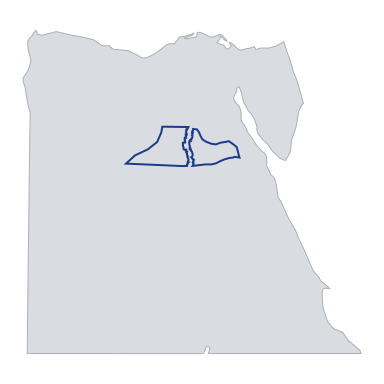 Zemam Out, Al Bahr al Ahmar, Egypt (highlighted)
{"feature_id": "37247803B6993574009783", "entity_name": "Zemam Out", "entity_type": "district", "adm_level": 2, "iso_a3": "EGY", "parent_name": "Egypt", "parent_adm1": "Al Bahr al Ahmar", "projection": "natural_earth1", "projection_center": [30.77, 28.19], "detail": "fine", "context": "in_parent", "style": "outline", "palette": "blue", "viewbox_px": 384, "rotation_deg": 0, "n_neighbors": 0, "source": "geoboundaries", "source_scale": "gbopen_adm2", "svg_char_len": 7485}
<svg xmlns="http://www.w3.org/2000/svg" viewBox="0 0 384 384"><path d="M361.0,353.5L351.8,353.5L342.5,353.5L333.3,353.5L324.1,353.5L314.9,353.5L305.7,353.5L296.5,353.5L287.3,353.5L278.1,353.5L268.9,353.5L259.7,353.5L250.5,353.5L241.2,353.5L232.0,353.5L222.8,353.5L213.6,353.5L208.4,353.5L209.3,350.6L209.8,348.5L209.2,347.0L207.4,346.6L206.2,347.1L203.5,353.3L202.0,353.6L198.8,353.6L188.0,353.6L177.3,353.6L166.6,353.6L155.9,353.6L145.2,353.6L134.4,353.6L123.7,353.6L113.0,353.5L102.3,353.5L91.6,353.5L80.8,353.5L70.1,353.5L59.4,353.5L48.7,353.5L37.9,353.5L27.2,353.5L27.3,346.0L27.4,338.5L27.5,331.0L27.5,323.5L27.6,316.0L27.7,308.5L27.8,301.0L27.9,293.5L28.0,286.0L28.0,278.5L28.1,271.0L28.2,263.5L28.3,255.9L28.4,248.4L28.5,240.9L28.6,233.4L28.7,225.9L28.8,218.4L28.9,210.9L29.0,203.4L29.0,195.8L29.1,188.3L29.2,180.8L29.3,173.3L29.4,165.8L29.5,158.3L29.6,150.8L29.7,143.2L29.8,135.7L30.0,128.2L30.1,120.7L30.2,113.2L29.9,111.8L28.5,106.7L27.2,100.2L25.8,92.2L25.6,89.6L23.2,81.4L23.0,79.1L23.7,77.4L28.0,70.5L29.3,67.1L30.4,63.1L30.8,59.8L29.6,54.8L28.3,50.3L27.9,45.7L27.7,41.1L29.9,38.0L32.5,35.2L33.4,33.4L35.0,31.4L36.0,30.4L38.0,34.5L42.3,35.2L56.3,31.6L71.7,35.2L80.2,36.6L93.3,39.7L101.3,45.2L103.4,45.9L109.2,45.8L112.9,49.1L127.9,50.7L135.9,54.3L140.4,57.1L143.2,58.0L145.6,57.9L148.8,56.8L152.9,54.8L157.4,52.0L166.7,44.7L170.0,43.5L172.1,43.8L174.7,43.7L175.8,41.7L177.2,40.4L178.0,38.9L179.5,37.0L184.3,36.5L193.9,33.4L192.8,34.9L184.1,38.4L187.8,38.8L191.7,37.6L196.1,36.9L196.9,35.4L197.4,32.6L198.3,32.2L201.3,32.7L210.4,37.0L212.6,37.1L219.0,34.7L220.3,34.2L222.4,35.5L227.1,40.9L225.5,40.8L220.4,36.2L220.0,38.5L217.1,42.6L220.7,44.3L223.6,45.0L225.2,47.2L226.2,49.2L229.1,48.4L231.1,45.6L230.0,44.1L229.3,42.5L230.3,42.5L232.3,43.8L238.0,49.0L239.9,50.0L242.2,49.9L246.8,48.4L248.1,48.6L254.4,46.7L255.1,48.1L256.1,49.5L261.2,48.0L269.1,48.0L275.5,46.3L283.0,42.2L283.6,41.6L284.0,42.6L284.9,45.4L287.2,52.5L289.3,58.1L291.8,65.9L292.6,68.8L292.9,70.9L296.6,79.4L298.7,86.4L300.3,92.1L302.6,100.4L303.5,103.3L302.0,104.8L299.0,110.2L295.9,127.4L291.3,140.8L290.8,149.2L290.1,152.2L287.9,156.5L285.2,160.6L280.3,158.5L272.4,151.1L267.8,144.2L262.8,139.7L258.1,133.7L256.8,129.5L256.9,126.7L254.8,120.0L253.3,116.8L247.6,109.7L245.9,105.9L244.7,104.2L243.4,101.8L241.4,92.6L239.1,86.7L236.5,88.3L237.0,90.8L234.8,94.2L233.5,98.2L234.5,101.4L239.2,106.3L240.1,108.5L241.2,113.2L241.1,119.5L241.8,121.7L245.3,126.4L246.6,129.2L247.3,131.6L248.5,133.8L251.9,137.9L256.9,145.8L261.7,151.0L265.1,153.6L266.5,156.1L266.9,162.7L266.7,165.9L269.7,171.8L270.8,174.8L273.7,177.2L275.1,180.0L276.3,184.5L278.2,197.9L280.8,201.2L288.7,218.8L295.3,230.0L298.6,238.3L303.5,248.4L313.2,270.7L318.9,277.5L321.2,281.4L325.3,284.3L329.8,288.6L325.6,288.2L324.5,288.5L323.0,289.2L322.3,291.8L322.1,293.9L322.7,305.2L323.9,310.9L327.7,321.8L330.6,325.0L331.9,327.1L333.8,328.7L342.7,332.4L348.0,340.2L359.8,350.1L360.9,352.9L361.0,353.5Z" fill="#d9dde1" stroke="#a8b0b8" stroke-width="1"/><path d="M183.1,166.1L187.1,165.9L187.1,165.4L187.0,165.1L187.3,164.7L187.2,164.6L187.3,164.5L187.2,164.4L187.3,164.3L187.4,164.5L187.4,164.4L187.4,164.1L187.4,163.9L187.4,163.7L187.5,163.5L187.7,163.4L187.7,163.1L187.8,163.2L188.1,163.0L188.2,162.7L188.3,162.6L188.1,162.6L188.1,162.4L188.1,162.2L188.3,162.0L188.3,161.9L188.3,161.5L188.3,161.4L188.3,161.2L188.2,160.9L188.4,160.1L188.5,159.9L188.4,159.4L188.4,159.2L188.1,158.8L187.8,158.1L187.9,157.8L187.7,157.4L187.8,157.2L187.7,156.8L187.7,156.6L187.4,156.7L187.2,156.3L187.2,156.1L187.3,155.9L187.3,155.7L187.2,155.5L187.3,155.3L187.3,155.1L187.1,154.7L186.9,154.1L187.0,153.4L186.9,153.3L186.7,153.1L186.8,152.9L186.8,152.7L186.7,152.7L186.4,152.8L186.3,152.7L186.2,152.3L186.2,152.1L186.2,151.6L186.4,151.6L186.5,151.3L186.4,151.1L186.2,151.0L186.2,150.9L186.3,150.9L186.2,150.8L186.2,150.7L186.1,150.8L185.9,150.8L185.8,150.4L185.7,150.3L185.7,150.1L185.8,150.1L186.0,150.0L186.3,150.1L186.3,149.9L186.2,149.8L185.9,149.8L185.7,149.8L185.8,149.8L185.8,149.7L185.7,149.7L185.0,149.8L184.7,149.8L184.1,149.6L183.6,148.9L183.5,148.7L183.6,148.3L183.6,148.1L183.6,147.8L183.5,147.3L183.3,146.9L183.0,146.2L183.0,145.4L183.0,144.9L182.9,144.6L182.8,144.3L182.9,143.7L182.8,143.0L183.0,142.8L183.4,142.7L184.7,142.4L184.9,142.4L185.1,142.5L185.3,142.1L185.2,141.8L185.1,141.6L185.1,141.3L184.8,141.2L184.9,140.9L184.6,140.0L184.7,139.9L184.9,139.2L185.0,138.9L185.2,138.7L184.9,138.7L184.7,138.6L184.6,138.4L184.6,138.2L184.9,137.8L185.1,137.8L185.7,137.8L185.7,137.7L185.8,137.4L185.7,137.0L185.7,136.8L185.7,136.6L185.8,136.5L185.9,136.3L186.0,136.3L186.1,136.2L186.0,135.9L185.9,135.7L186.0,135.6L186.2,135.3L186.3,135.1L186.5,135.1L186.6,134.9L186.4,134.8L186.6,134.7L186.4,134.4L186.4,134.2L186.5,134.1L186.6,133.8L186.5,133.7L186.3,133.8L186.0,133.7L185.9,133.6L185.8,133.3L185.9,133.2L186.0,133.1L186.3,132.9L186.3,132.7L186.3,131.8L186.2,131.6L186.1,131.4L186.0,130.9L186.2,130.6L186.4,130.3L186.5,130.2L186.4,129.8L186.3,129.6L186.4,129.3L186.5,129.2L186.8,129.3L187.1,129.5L187.2,129.3L187.2,129.1L187.4,128.6L187.6,128.4L187.7,128.2L188.0,127.9L188.1,127.7L188.3,127.3L188.4,127.0L162.3,126.7L161.3,132.5L159.1,137.5L157.2,142.0L147.9,149.3L135.0,155.4L126.0,163.6L183.1,166.1ZM193.3,129.0L193.4,129.3L193.2,129.5L193.2,129.8L193.1,130.0L192.8,130.3L192.8,130.6L192.5,131.4L192.6,131.6L192.7,131.8L192.8,132.0L193.0,132.3L193.0,132.5L192.9,132.7L192.8,132.4L192.7,132.3L192.6,132.5L192.4,132.6L192.2,132.7L192.2,132.8L192.3,133.0L192.2,133.0L192.1,132.9L192.1,133.0L192.0,133.4L192.1,133.6L192.2,133.8L192.3,134.1L192.3,134.3L192.4,134.6L192.4,134.8L192.5,135.0L192.6,135.3L192.7,135.5L192.5,135.3L192.5,135.5L192.4,135.5L192.1,135.4L192.0,135.5L192.3,135.8L192.3,136.1L192.4,136.4L192.3,137.3L192.2,137.5L191.9,138.0L191.9,138.3L191.8,138.5L191.7,138.4L191.4,138.7L191.4,138.8L191.2,139.1L191.2,139.5L190.9,139.4L190.7,139.6L190.6,139.8L190.3,139.9L190.2,140.0L190.2,140.3L190.1,140.2L190.0,140.3L189.9,140.3L189.9,140.5L189.8,140.8L190.0,140.9L190.1,141.0L189.7,141.0L189.8,141.5L189.6,141.8L189.4,141.9L189.3,142.2L189.1,142.6L189.1,142.8L189.1,143.1L189.2,143.3L189.4,143.9L189.4,144.2L189.4,144.4L189.4,144.6L189.4,145.0L189.7,145.6L189.8,145.8L189.8,146.1L189.8,146.3L189.7,146.8L189.8,147.3L189.8,147.6L189.7,148.0L189.7,148.8L189.7,149.0L189.8,149.2L190.3,149.9L190.6,150.2L191.0,150.4L191.2,150.6L191.4,151.2L191.8,151.4L192.0,151.7L192.0,152.2L192.1,152.4L192.3,153.1L192.4,153.3L192.7,153.9L192.7,154.8L192.6,155.4L192.4,155.7L192.3,156.1L192.2,156.5L191.9,156.8L191.8,157.0L191.8,157.5L191.6,157.5L191.8,157.8L191.7,157.8L192.0,158.1L192.2,158.6L192.4,158.7L192.5,158.6L192.8,158.8L192.7,159.0L192.8,159.1L193.0,159.2L193.2,159.3L193.3,159.3L193.6,159.5L193.5,159.9L193.7,160.0L193.4,160.3L193.5,160.5L193.4,160.6L193.2,161.0L193.2,161.3L193.3,161.4L193.3,161.5L193.1,161.4L192.9,162.2L192.9,162.5L193.2,162.9L193.0,163.0L193.4,163.4L193.4,163.8L193.5,163.7L193.5,163.9L193.5,164.2L193.4,164.4L193.2,164.6L193.1,164.8L193.1,165.2L193.0,165.3L193.0,165.5L192.7,165.9L200.4,165.0L205.4,164.4L211.4,164.4L215.8,163.4L219.9,161.3L224.1,159.5L229.5,157.9L233.1,157.6L234.6,156.8L239.5,157.6L238.9,155.8L238.5,154.0L237.1,148.6L236.8,147.2L233.2,144.2L228.9,141.2L225.5,141.9L220.6,142.7L215.8,144.4L211.5,143.8L206.0,141.7L202.4,139.3L200.7,136.3L199.1,132.4L197.0,129.4L193.3,129.0ZM190.9,149.7L190.6,150.1L189.7,148.9L189.8,148.0L190.4,148.1L190.6,149.2L190.9,149.7Z" fill="none" stroke="#1e3a8a" stroke-width="2"/></svg>